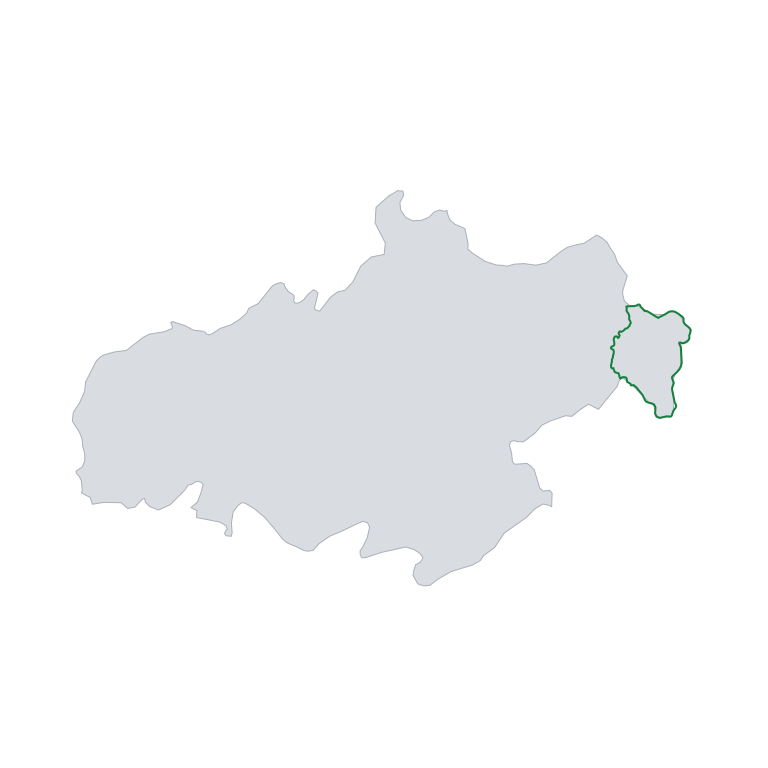 Pcinjski on a map of Republic of Serbia (Mercator projection), rotated 290°
{"feature_id": "SRB-841", "entity_name": "Pcinjski", "entity_type": "District", "adm_level": 1, "iso_a3": "SRB", "parent_name": "Republic of Serbia", "parent_adm1": "", "projection": "mercator", "projection_center": [22.074, 42.528], "detail": "fine", "context": "in_parent", "style": "outline", "palette": "green", "viewbox_px": 768, "rotation_deg": 290, "n_neighbors": 0, "source": "natural_earth", "source_scale": "10m", "svg_char_len": 6720}
<svg xmlns="http://www.w3.org/2000/svg" viewBox="0 0 768 768"><g transform="rotate(290 384 384)"><path d="M430.5,298.7L447.2,304.0L454.8,309.0L458.8,315.5L469.5,319.8L486.9,321.9L499.0,328.6L505.8,339.8L516.9,337.1L532.3,320.5L547.4,316.1L562.2,324.1L570.3,330.7L571.7,335.8L568.3,337.9L560.0,336.9L553.2,340.1L547.9,347.4L547.1,355.2L550.8,363.5L556.1,369.2L562.8,372.3L566.5,376.6L567.0,382.1L568.7,383.6L564.9,386.1L560.7,389.9L558.3,396.4L557.7,406.9L544.5,415.1L539.5,416.6L537.3,422.0L533.8,437.3L534.2,448.8L536.0,454.7L536.8,459.5L541.1,465.3L545.0,474.3L547.6,486.1L553.3,495.2L567.9,504.2L575.1,509.4L580.5,517.0L584.6,523.8L596.7,532.9L595.7,539.4L593.1,545.7L590.3,548.7L584.3,556.8L578.5,561.3L568.8,575.6L553.6,576.4L550.0,577.6L544.2,581.5L541.4,588.6L544.1,594.3L543.9,600.1L541.1,611.3L544.8,623.3L550.1,628.8L551.0,632.0L550.1,637.6L542.1,648.9L539.6,653.2L531.6,655.2L528.9,654.2L524.7,650.2L520.9,649.1L511.3,653.7L501.6,656.5L493.9,654.4L486.4,654.1L481.1,656.0L477.2,656.7L469.4,661.7L457.0,665.2L451.3,664.5L449.1,659.8L446.8,653.2L447.9,650.2L456.1,645.0L457.1,640.0L468.6,616.0L470.8,608.2L470.9,605.6L467.9,603.9L461.6,604.0L433.6,594.2L434.9,583.0L426.7,576.9L417.8,571.5L416.3,565.5L406.5,553.3L399.3,546.4L390.1,543.0L382.2,538.0L377.5,534.9L375.4,529.2L375.4,525.8L373.0,522.6L369.1,522.9L362.7,527.5L354.7,531.4L353.3,534.2L356.2,541.0L358.3,545.3L357.3,549.4L354.8,554.5L339.5,565.9L337.8,569.9L340.7,576.3L338.9,579.3L326.1,583.5L326.4,580.0L325.6,574.4L318.3,568.4L307.9,563.8L284.9,547.9L276.1,545.8L268.2,543.9L256.9,536.3L251.0,534.9L244.6,529.5L230.5,511.0L218.5,501.0L210.4,495.9L208.1,490.9L207.6,485.8L207.9,484.1L214.0,476.8L218.8,475.8L224.9,475.5L229.0,479.2L234.3,480.0L237.2,475.3L238.8,468.5L238.1,459.9L225.3,439.8L214.3,425.7L213.1,422.6L215.4,420.0L219.3,418.6L223.4,419.8L234.1,420.8L244.4,419.5L247.9,416.1L247.9,411.4L244.1,407.1L232.1,395.5L222.7,385.3L211.7,377.5L203.5,374.3L201.1,370.3L200.1,366.0L201.0,358.2L201.5,348.2L203.4,341.9L210.8,330.1L217.9,317.5L222.3,305.3L224.6,294.1L223.7,290.8L220.0,288.4L212.2,286.0L201.4,288.1L192.2,292.2L188.6,292.5L187.4,287.5L188.9,285.2L191.8,285.5L194.1,286.4L196.6,284.2L198.2,277.3L194.4,253.6L201.2,251.4L201.3,248.0L202.0,244.9L209.1,249.1L219.0,249.2L227.8,248.3L229.1,246.0L229.0,242.6L227.2,239.9L224.1,237.8L221.8,234.5L215.9,233.0L197.5,224.4L188.4,215.2L188.7,205.5L191.3,200.2L194.5,198.3L193.5,196.5L183.1,192.0L179.4,185.7L182.5,177.6L177.0,161.3L171.3,151.1L176.9,146.7L177.7,140.5L178.2,137.0L180.5,137.0L189.5,132.8L192.8,129.4L194.7,125.5L196.9,124.5L202.9,128.8L209.3,129.2L216.5,126.4L221.8,122.6L228.3,119.5L231.2,117.3L234.9,113.9L242.4,103.9L250.9,101.8L262.4,104.4L274.7,105.2L283.9,102.9L307.3,105.8L312.3,108.2L315.5,110.8L321.7,119.4L327.5,130.5L335.7,135.6L345.4,141.7L350.4,146.2L357.8,159.4L363.6,165.9L365.5,165.6L367.4,163.9L368.8,162.6L370.3,163.8L370.4,167.8L370.8,176.7L369.4,186.2L371.5,195.2L371.5,198.0L370.1,200.5L370.3,202.8L372.3,205.2L380.2,211.1L387.5,220.2L395.9,226.6L403.7,230.7L408.7,231.0L416.7,238.4L432.7,243.7L437.8,245.5L441.3,248.5L443.9,252.0L444.0,255.7L441.6,257.5L438.1,262.6L436.7,268.7L434.2,270.3L431.6,270.4L429.7,272.2L430.2,274.9L432.3,277.4L435.6,279.7L442.0,281.9L448.3,285.3L448.2,287.9L446.9,290.8L438.9,291.9L433.0,292.4L430.2,293.6L430.5,298.7Z" fill="#d9dde1" stroke="#a8b0b8" stroke-width="1"/><path d="M531.7,655.3L529.7,655.2L527.9,654.5L526.2,653.2L524.7,651.4L524.4,650.4L524.3,648.1L523.9,647.4L522.9,647.6L520.2,650.4L510.4,654.5L506.1,656.4L502.5,657.0L500.9,656.8L499.1,656.6L495.7,655.4L490.2,652.6L489.0,652.3L487.8,652.8L484.4,655.8L483.6,656.0L479.5,656.0L477.5,656.5L467.4,662.6L466.1,663.4L464.6,665.2L463.0,666.2L461.3,666.1L457.7,665.1L452.6,665.2L451.4,664.6L450.4,660.8L446.4,654.7L446.5,651.3L448.7,649.0L454.8,647.1L456.9,645.1L457.4,643.0L456.9,638.5L457.1,636.4L458.0,634.9L462.1,630.7L467.2,622.2L468.3,619.0L468.2,618.5L467.4,617.2L467.3,616.6L467.5,616.2L468.2,615.9L468.4,615.6L468.5,615.2L469.1,612.4L469.0,612.0L470.0,611.2L471.2,610.7L472.3,610.0L472.9,608.7L472.0,605.7L470.0,604.3L471.0,603.0L471.3,602.8L471.6,602.6L472.5,602.2L472.8,602.0L473.8,601.1L474.2,600.8L474.2,600.6L474.3,600.4L474.2,599.3L474.1,598.2L474.1,597.2L474.2,596.8L474.3,596.5L474.4,596.4L474.6,596.3L475.3,595.9L475.6,595.7L475.8,595.4L476.1,594.9L476.3,594.7L477.0,594.3L477.2,594.2L477.3,594.0L477.2,593.8L476.9,593.3L476.8,593.1L476.8,592.9L476.8,592.6L476.9,592.4L477.1,592.1L477.5,591.7L477.8,591.5L478.0,591.4L479.8,590.8L480.0,590.8L480.3,590.8L480.7,590.8L481.0,590.8L482.1,590.5L482.4,590.5L482.8,590.5L483.0,590.4L483.4,590.3L484.4,590.0L484.8,589.8L485.1,589.8L486.1,590.0L486.7,590.0L486.9,590.0L487.1,590.0L487.9,589.7L489.1,589.5L489.7,589.4L490.1,589.5L490.5,589.5L492.5,589.0L492.9,588.9L493.5,588.6L494.2,588.2L494.4,587.9L494.6,587.7L494.6,587.3L494.8,586.2L494.8,585.8L494.9,585.6L495.2,585.2L495.4,585.0L495.6,584.9L495.8,584.8L496.1,584.8L496.4,584.9L496.6,584.9L496.8,585.1L497.1,585.2L497.9,586.2L498.4,586.6L498.7,586.8L498.9,586.9L499.2,587.0L499.4,587.0L500.5,586.7L501.9,586.1L502.8,585.6L503.0,585.5L503.7,584.9L504.4,584.6L504.7,584.5L505.1,584.5L506.3,584.5L507.0,584.6L507.4,584.7L507.6,584.9L508.2,586.0L508.3,586.2L508.3,586.4L508.3,586.6L508.2,586.9L507.6,587.7L507.5,588.0L507.4,588.1L507.5,588.3L507.7,588.5L507.8,588.6L508.1,588.7L508.4,588.8L508.9,588.8L509.9,588.8L510.2,588.8L510.4,588.7L510.6,588.5L511.3,587.5L511.5,587.3L511.6,587.2L511.9,587.2L512.3,587.1L512.7,587.1L513.1,587.1L513.5,587.2L513.7,587.3L513.9,587.4L514.0,587.6L514.1,587.8L514.0,588.6L514.0,588.8L514.1,589.0L514.5,589.5L516.4,591.0L517.3,591.4L518.1,591.7L518.3,591.8L518.5,591.9L518.7,592.1L519.1,592.9L519.3,593.1L519.6,593.4L520.1,593.7L520.4,593.9L521.5,594.2L521.9,594.4L522.3,594.8L522.6,594.9L522.8,594.9L523.6,594.6L523.8,594.6L524.0,594.6L524.3,594.7L524.8,594.9L525.1,595.0L525.4,595.0L525.7,595.0L526.0,594.9L527.3,593.9L528.0,593.0L528.5,592.4L528.8,592.2L529.1,592.0L529.6,591.9L530.5,591.7L530.9,591.6L531.2,591.5L531.5,591.4L531.7,591.2L532.3,590.7L533.4,590.0L533.6,589.8L533.9,589.4L534.4,588.6L534.8,588.0L535.4,587.4L535.8,586.8L536.0,586.7L537.4,586.4L538.1,586.2L538.5,586.0L539.1,585.5L539.3,585.4L540.4,585.1L540.5,585.0L540.2,585.5L540.0,586.0L540.4,586.5L542.8,592.5L544.2,594.6L545.7,595.8L545.9,596.3L545.9,596.7L545.9,597.1L545.7,597.5L544.4,598.8L541.7,604.0L542.4,605.9L541.9,609.3L541.6,610.8L540.3,616.4L540.0,619.2L540.4,619.4L545.7,624.4L548.9,626.7L550.2,628.3L551.0,630.2L551.0,630.3L551.4,632.3L551.0,635.2L549.6,640.3L548.5,642.6L547.4,643.4L546.1,643.7L544.5,644.4L543.0,646.5L541.3,651.6L539.8,653.6L538.0,654.2L533.7,654.3L531.7,655.3Z" fill="none" stroke="#15803d" stroke-width="2"/></g></svg>